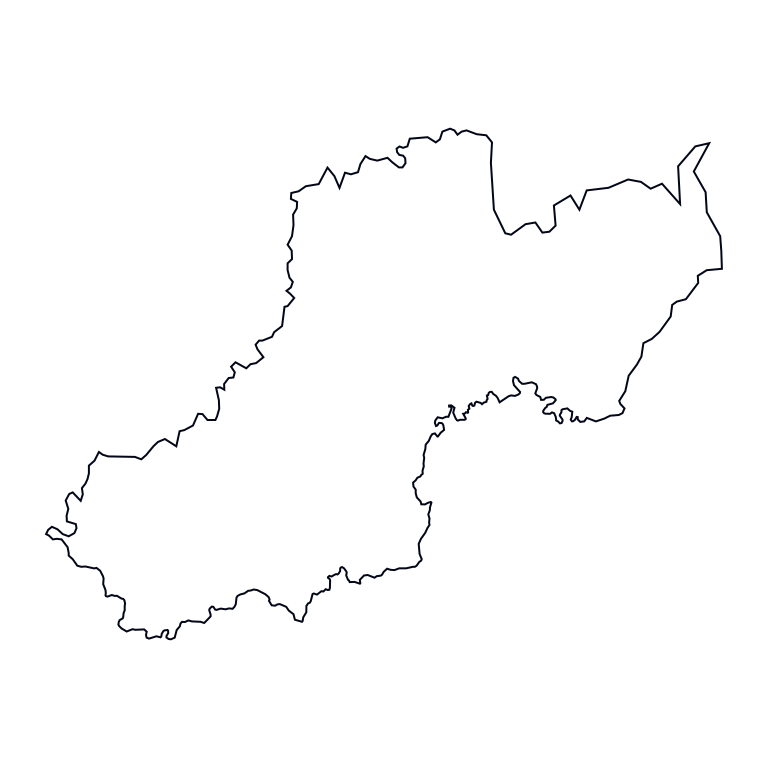 Zémio, Haut-Mbomou, Central African Republic (Natural Earth projection)
{"feature_id": "33826404B4042011562142", "entity_name": "Zémio", "entity_type": "district", "adm_level": 2, "iso_a3": "CAF", "parent_name": "Central African Republic", "parent_adm1": "Haut-Mbomou", "projection": "natural_earth1", "projection_center": [25.196, 5.379], "detail": "fine", "context": "isolated", "style": "outline", "palette": "ink", "viewbox_px": 768, "rotation_deg": 0, "n_neighbors": 0, "source": "geoboundaries", "source_scale": "gbopen_adm2", "svg_char_len": 6090}
<svg xmlns="http://www.w3.org/2000/svg" viewBox="0 0 768 768"><path d="M721.9,268.8L721.3,251.0L720.2,236.2L706.8,212.3L705.6,192.2L693.8,171.5L709.2,143.2L695.3,146.4L678.1,166.3L680.1,204.1L662.0,183.7L650.6,188.7L641.0,181.9L628.1,179.5L608.5,187.8L586.7,190.4L579.4,209.7L570.5,195.5L553.9,205.5L555.6,225.6L549.4,231.7L542.4,232.6L535.4,222.5L525.5,224.2L511.1,234.7L505.3,233.3L493.9,209.7L490.9,162.8L492.0,142.4L486.3,135.3L476.7,134.2L466.5,130.4L461.7,131.6L457.5,134.7L454.4,130.4L450.1,128.7L442.4,131.6L439.9,139.3L435.8,142.4L427.6,137.2L409.8,138.7L407.4,146.4L403.1,147.8L399.5,146.5L396.6,148.6L397.1,152.1L399.3,154.9L403.2,155.7L405.2,158.3L405.5,163.2L402.5,167.4L398.9,167.4L392.2,162.2L387.5,157.8L377.3,160.6L369.9,158.9L365.5,156.1L360.4,164.1L358.0,172.2L350.9,174.3L345.0,172.7L339.5,187.9L334.4,176.1L327.5,167.6L318.7,184.1L305.9,186.2L298.6,191.3L291.3,193.0L290.9,198.9L297.1,201.9L296.8,208.3L293.1,214.6L293.5,225.2L292.0,236.2L287.6,244.7L291.7,250.6L292.0,259.1L287.6,263.3L287.6,270.1L289.5,277.7L292.8,281.9L290.9,287.4L286.5,290.8L290.2,293.8L294.2,298.0L287.6,306.1L284.5,306.8L282.1,326.0L274.1,332.2L272.0,336.8L262.4,340.6L259.1,340.6L255.6,344.7L257.5,349.3L263.4,357.2L256.1,363.1L250.5,364.2L246.3,368.3L235.5,362.3L231.1,366.7L234.8,372.3L233.4,377.5L228.7,378.0L224.1,384.0L224.3,389.7L220.1,387.3L216.1,387.8L218.9,400.3L219.2,408.9L217.0,416.5L215.4,420.0L207.5,420.0L202.5,414.1L198.1,413.8L193.0,425.5L184.3,430.1L179.6,431.2L176.3,446.3L164.9,439.0L157.9,442.0L153.4,446.3L146.2,455.0L141.3,459.3L134.9,456.9L108.1,456.4L102.7,454.7L98.9,452.0L94.5,460.7L88.9,465.6L88.9,473.4L87.5,479.1L85.4,483.7L81.9,488.1L82.8,494.3L80.7,500.8L72.7,492.4L69.2,494.0L65.7,500.5L68.3,508.9L66.6,515.7L66.9,521.4L75.8,524.1L76.5,528.2L74.4,533.1L68.7,536.3L62.7,534.1L57.5,529.3L51.9,526.8L48.2,529.8L46.1,534.1L49.0,535.6L52.9,539.4L56.7,538.8L61.6,539.4L67.6,547.2L68.7,553.0L68.7,555.6L72.8,559.3L77.3,565.7L81.3,566.8L85.4,566.5L94.2,568.4L96.5,567.9L100.2,570.8L103.0,576.3L103.6,578.6L103.2,584.2L105.5,590.1L105.8,593.2L105.5,595.2L105.9,596.1L107.6,596.6L111.8,595.0L114.6,595.9L117.0,595.8L121.3,598.5L123.2,598.9L124.4,600.3L125.1,603.7L124.7,605.9L124.7,610.3L123.6,613.1L123.2,617.1L122.7,618.4L119.7,620.1L118.8,621.8L118.4,624.6L119.1,626.0L121.6,628.5L126.7,631.5L132.5,629.2L135.4,629.8L144.1,629.4L146.7,631.7L146.0,634.9L146.6,637.6L149.0,638.6L156.4,636.3L160.6,637.3L161.3,636.4L161.7,633.9L163.3,631.2L164.4,630.4L167.5,630.0L168.1,630.7L168.2,633.1L166.4,636.2L166.5,637.5L168.6,639.0L170.9,639.3L174.7,637.6L176.7,630.0L179.8,626.4L180.5,623.6L181.9,621.9L185.0,622.0L188.4,620.4L191.8,621.4L200.6,621.8L204.2,623.0L210.6,616.4L210.6,614.5L209.2,610.1L209.7,608.6L211.8,606.6L213.3,606.8L215.2,609.6L216.3,609.9L220.8,608.6L225.6,609.3L229.0,608.4L232.6,608.8L234.6,606.6L235.8,604.1L236.5,597.7L237.5,596.0L240.2,594.5L244.4,593.4L248.2,590.8L250.8,590.5L253.6,589.5L257.3,590.1L265.3,594.2L268.6,597.1L269.6,599.6L269.0,600.9L271.7,605.3L275.2,605.7L277.3,604.4L279.8,604.1L286.2,606.8L288.8,610.6L293.5,614.2L294.9,619.7L302.0,621.8L302.6,621.1L303.3,617.2L306.3,612.3L306.4,605.9L308.1,603.4L309.7,602.8L310.7,601.3L312.6,594.0L313.8,593.5L317.0,594.6L321.4,591.2L323.4,591.5L325.7,589.2L327.6,590.0L329.3,589.8L329.9,588.0L330.1,580.2L329.7,579.1L328.0,577.8L328.0,577.1L329.4,575.9L331.7,576.5L334.2,574.9L336.1,574.1L337.6,574.4L338.6,573.6L340.1,571.1L340.2,568.3L341.2,567.3L342.1,567.1L344.0,568.3L346.3,571.4L346.7,572.7L346.2,575.4L348.0,579.8L349.0,580.5L349.7,582.1L354.6,581.9L359.9,583.7L360.3,583.2L359.8,579.9L364.0,575.5L367.7,575.0L374.5,577.7L376.7,576.2L380.9,575.6L382.0,574.7L383.7,571.8L387.1,568.7L390.5,569.8L394.4,570.1L399.3,568.3L406.3,568.3L412.9,566.8L414.9,566.8L416.6,565.7L419.3,561.9L421.2,560.6L421.7,559.1L419.6,554.0L418.7,543.9L420.9,538.9L425.3,532.7L427.4,528.1L429.5,524.9L429.1,522.5L429.5,518.6L428.3,514.3L429.8,510.4L430.0,507.4L431.4,502.6L430.8,502.0L428.2,502.7L425.0,504.4L421.3,504.3L420.6,501.5L416.8,497.4L415.7,493.2L415.7,489.6L413.5,486.6L413.1,482.6L415.6,480.4L417.4,477.7L420.4,476.4L421.1,475.1L422.7,473.8L422.5,470.8L423.8,466.3L423.5,463.6L424.2,457.9L423.6,454.9L425.3,449.2L425.7,444.6L428.8,440.9L430.7,436.4L432.3,434.1L434.9,433.4L437.4,436.5L437.9,436.5L440.7,432.7L444.1,429.9L443.3,425.2L442.6,423.8L441.7,423.1L439.0,422.9L437.2,425.6L436.0,426.0L434.9,422.9L435.3,420.5L437.7,417.3L442.4,418.3L446.3,416.7L448.4,416.8L451.6,408.4L450.8,406.6L449.1,406.6L449.1,405.5L451.4,405.4L454.5,407.8L453.2,412.6L455.6,418.3L456.9,420.2L457.9,420.6L460.0,419.8L464.6,419.8L465.7,419.1L465.7,418.3L463.2,413.8L464.9,413.5L466.0,412.2L467.7,412.8L468.1,412.5L468.0,409.7L469.4,408.7L468.7,406.0L470.2,404.0L471.4,403.4L472.4,405.7L473.2,406.0L474.4,405.5L475.1,402.8L476.4,401.7L480.7,402.9L482.0,404.2L483.8,402.6L486.4,401.8L486.6,400.3L487.6,398.9L486.9,395.5L488.1,395.1L488.8,392.8L489.9,392.0L491.7,391.8L493.4,394.1L495.9,395.7L497.6,397.9L499.6,402.3L508.5,396.3L511.1,395.4L515.0,395.9L518.4,394.5L519.9,393.1L520.1,392.0L514.0,385.2L513.0,381.1L513.5,377.8L515.1,376.9L518.0,378.6L518.9,380.9L522.1,383.8L524.5,383.8L531.8,382.3L536.0,384.2L537.0,386.4L537.2,388.1L535.3,393.4L536.5,395.0L540.3,397.0L541.1,399.9L543.8,399.8L545.9,397.8L551.3,397.0L553.4,397.5L555.6,399.3L555.7,400.2L553.0,403.3L547.4,404.9L546.7,406.9L545.2,408.0L543.3,410.7L543.1,411.9L544.0,413.2L545.5,413.7L550.1,413.8L552.0,412.4L554.2,413.3L555.8,417.1L556.2,420.5L558.1,421.5L560.0,423.4L561.6,423.0L562.6,420.8L562.5,419.6L559.8,415.7L559.9,414.8L561.4,412.2L561.5,410.1L562.5,409.3L567.3,408.4L570.3,411.0L572.3,411.7L571.7,417.2L570.7,419.6L572.0,421.4L572.9,421.3L574.8,420.0L576.7,416.9L577.7,417.1L577.8,419.5L580.3,421.9L584.2,421.4L586.8,417.9L595.9,421.4L604.3,418.6L610.2,415.7L618.8,415.0L622.5,413.1L624.5,408.4L620.4,404.0L619.2,400.9L625.3,391.2L628.7,375.7L636.9,364.6L641.4,356.6L643.4,343.2L651.8,338.9L659.6,331.8L670.7,316.5L672.2,304.9L676.8,301.6L685.9,299.2L698.2,282.9L697.8,275.8L706.7,270.2L721.9,268.8Z" fill="none" stroke="#020617" stroke-width="2"/></svg>